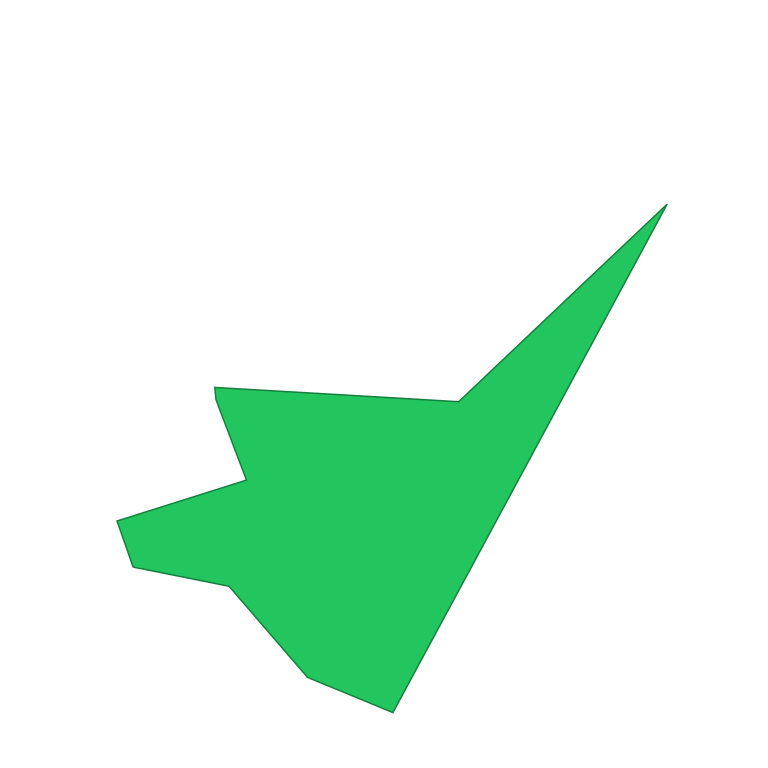 outline of Zemam Out, Al Iskandariyah, Egypt, rotated 209°
{"feature_id": "37247803B99104887182997", "entity_name": "Zemam Out", "entity_type": "district", "adm_level": 2, "iso_a3": "EGY", "parent_name": "Egypt", "parent_adm1": "Al Iskandariyah", "projection": "orthographic", "projection_center": [29.809, 30.516], "detail": "fine", "context": "isolated", "style": "filled", "palette": "green", "viewbox_px": 768, "rotation_deg": 209, "n_neighbors": 0, "source": "geoboundaries", "source_scale": "gbopen_adm2", "svg_char_len": 527}
<svg xmlns="http://www.w3.org/2000/svg" viewBox="0 0 768 768"><g transform="rotate(209 384 384)"><path d="M514.8,102.4L513.2,102.7L471.9,115.9L463.4,118.6L421.6,131.9L421.5,132.0L421.4,131.9L421.1,131.8L309.4,90.6L309.0,90.3L287.7,92.7L284.9,93.1L216.9,100.9L223.5,672.9L223.5,674.5L223.6,677.7L223.9,677.4L257.2,572.3L310.1,404.7L498.6,314.2L529.8,299.2L530.4,299.0L529.8,298.2L523.4,288.9L506.8,274.8L457.7,233.3L549.8,136.1L551.1,134.8L549.8,133.6L514.8,102.4Z" fill="#22c55e" stroke="#15803d" stroke-width="1.5"/></g></svg>